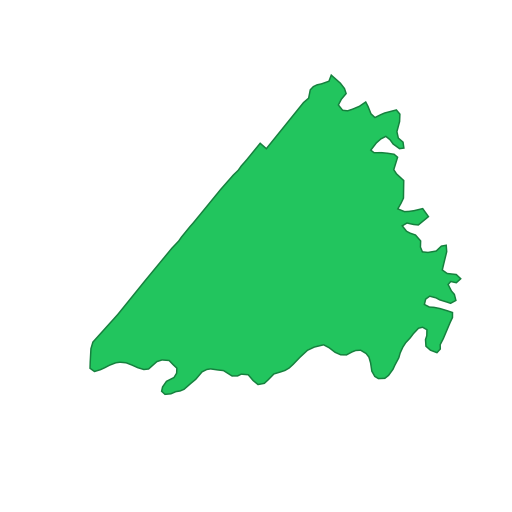 São João do Ivaí, Paraná, Brazil, rotated 164°
{"feature_id": "56859067B54010938488243", "entity_name": "São João do Ivaí", "entity_type": "district", "adm_level": 2, "iso_a3": "BRA", "parent_name": "Brazil", "parent_adm1": "Paraná", "projection": "robinson", "projection_center": [-51.872, -24.002], "detail": "fine", "context": "isolated", "style": "filled", "palette": "green", "viewbox_px": 512, "rotation_deg": 164, "n_neighbors": 0, "source": "geoboundaries", "source_scale": "gbopen_adm2", "svg_char_len": 2479}
<svg xmlns="http://www.w3.org/2000/svg" viewBox="0 0 512 512"><g transform="rotate(164 256 256)"><path d="M133.8,409.1L137.7,403.9L145.6,403.4L150.1,403.7L154.2,403.0L158.0,400.8L161.9,393.2L168.0,390.4L216.5,356.3L220.9,363.2L238.3,351.1L245.2,346.7L249.4,343.3L255.6,340.0L271.5,329.8L290.8,316.4L307.3,305.0L311.4,302.4L322.6,294.6L326.0,291.8L334.8,286.6L369.3,262.9L405.1,237.8L436.5,218.2L440.2,212.4L444.5,200.0L446.5,193.8L443.1,189.5L436.9,189.6L432.3,190.3L426.9,191.4L420.2,192.0L416.0,191.4L410.2,189.1L405.2,185.3L400.5,181.3L395.1,177.8L390.4,177.0L380.4,181.8L375.0,182.0L368.3,179.5L365.6,174.4L363.0,170.0L364.6,165.2L368.3,161.8L376.6,160.2L381.9,155.9L384.0,152.0L381.6,148.1L375.8,147.0L370.5,147.7L366.1,147.2L361.9,147.7L353.4,151.7L347.9,154.1L339.8,159.5L334.6,160.5L330.8,160.0L324.1,157.0L318.8,154.8L312.1,147.3L306.8,145.8L302.7,146.5L296.2,144.0L293.1,137.1L289.5,131.9L283.1,131.3L278.3,133.7L271.3,137.7L264.4,137.8L259.7,138.0L255.0,139.2L250.2,141.6L241.8,146.5L232.5,151.2L225.0,152.4L215.5,152.0L211.0,147.7L206.5,141.6L201.8,137.7L196.3,136.0L190.2,137.3L186.2,137.7L181.4,136.6L177.0,131.9L175.3,127.6L175.3,121.7L176.4,113.4L175.0,107.5L172.1,104.4L165.9,102.9L161.5,104.7L155.5,109.4L152.7,112.7L146.8,118.8L144.2,123.0L139.9,128.0L136.0,131.4L130.5,134.7L126.1,138.0L119.7,141.8L115.5,141.6L112.0,138.0L113.8,132.3L116.1,128.9L117.5,122.4L114.3,117.4L108.7,113.2L104.5,115.8L103.4,120.0L98.7,125.0L87.8,138.5L84.1,142.7L82.7,147.5L87.0,150.5L93.7,154.8L99.1,157.6L103.4,159.1L107.5,163.0L104.8,167.8L100.1,169.5L94.4,166.1L91.6,163.3L85.5,159.3L82.0,156.9L76.1,158.2L75.9,164.4L77.8,168.5L79.2,175.7L75.8,177.8L70.8,175.1L65.5,177.7L68.6,183.0L77.1,186.5L80.8,191.2L77.5,197.1L71.5,207.6L70.2,213.9L75.1,214.4L81.4,211.1L89.7,212.0L94.9,214.1L95.5,219.2L93.6,225.1L96.9,232.2L101.6,235.5L104.5,238.3L107.1,244.7L101.8,246.1L95.7,242.8L91.4,241.1L79.4,246.3L82.7,255.6L91.6,256.0L96.7,256.7L101.0,257.7L106.7,262.2L102.1,266.7L98.3,271.0L93.2,287.8L98.3,296.2L99.8,301.0L92.7,311.9L95.2,315.7L101.0,318.4L106.5,320.6L114.0,322.7L116.5,326.1L109.2,331.5L103.8,334.1L98.2,335.2L95.1,330.8L93.3,325.8L88.4,319.6L84.1,319.0L83.3,324.9L86.7,330.1L86.3,336.7L80.9,345.7L78.6,352.7L80.8,357.7L93.0,358.0L96.9,357.5L103.5,356.3L106.3,361.0L107.1,368.9L108.1,373.8L115.3,371.4L123.0,370.5L127.9,370.3L132.6,372.2L135.2,378.5L130.7,383.2L124.6,387.3L124.8,392.6L127.3,398.9L133.8,409.1Z" fill="#22c55e" stroke="#15803d" stroke-width="1.5"/></g></svg>